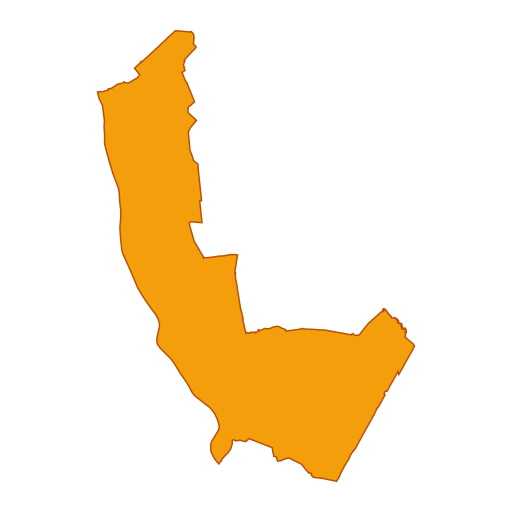 Līksnas pag., Daugavpils, Latvia
{"feature_id": "27541924B33833880746459", "entity_name": "Līksnas pag.", "entity_type": "district", "adm_level": 2, "iso_a3": "LVA", "parent_name": "Latvia", "parent_adm1": "Daugavpils", "projection": "orthographic", "projection_center": [26.497, 56.013], "detail": "fine", "context": "isolated", "style": "filled", "palette": "amber", "viewbox_px": 512, "rotation_deg": 0, "n_neighbors": 0, "source": "geoboundaries", "source_scale": "gbopen_adm2", "svg_char_len": 5908}
<svg xmlns="http://www.w3.org/2000/svg" viewBox="0 0 512 512"><path d="M300.9,329.1L299.3,329.2L296.6,329.7L295.2,329.8L288.5,330.8L285.6,331.0L285.7,329.7L284.6,329.2L281.2,327.9L280.0,327.1L277.5,326.2L274.2,326.8L271.7,327.7L269.9,328.4L268.4,328.8L264.3,328.5L263.7,329.0L261.7,329.8L259.7,330.8L259.3,330.7L259.1,330.3L259.0,329.7L258.9,329.6L258.6,329.5L258.3,329.8L257.4,331.8L257.1,332.2L256.6,332.4L255.5,332.0L255.3,332.1L255.2,332.3L255.2,332.8L254.8,332.9L254.0,332.1L253.5,332.2L252.3,332.7L251.4,332.2L250.8,332.1L250.4,332.5L249.8,333.2L249.6,333.3L249.0,333.2L247.8,332.5L247.4,332.5L245.9,333.5L243.2,321.5L242.7,320.1L242.5,319.0L243.1,318.9L241.2,310.3L240.9,310.3L240.1,305.6L239.7,303.7L238.5,295.5L237.4,289.5L237.1,286.7L236.8,284.7L235.6,278.7L235.4,276.5L235.4,273.9L235.5,273.1L234.9,273.3L235.3,268.5L236.0,264.6L237.1,257.4L237.6,255.0L236.7,254.9L236.4,254.6L230.1,254.6L224.4,255.8L218.0,256.2L215.1,256.8L209.3,257.5L203.5,257.9L203.4,257.9L203.8,257.1L203.3,256.8L200.6,252.3L194.3,241.5L193.5,239.1L189.5,224.8L189.2,222.6L191.3,221.8L202.0,222.7L199.9,202.8L199.7,200.9L201.5,200.7L201.1,196.1L200.6,191.8L198.1,168.2L198.0,165.2L197.8,164.0L193.7,160.8L193.1,159.1L192.8,157.9L192.3,156.3L190.0,150.3L188.3,132.0L190.3,127.8L196.5,120.4L188.1,112.6L187.9,110.6L188.4,106.9L190.9,105.2L192.9,103.1L194.4,102.4L194.4,102.2L194.3,101.3L189.3,88.9L186.8,82.6L186.6,82.7L185.2,80.3L182.0,72.4L183.3,71.7L185.0,70.4L184.1,67.5L184.2,67.1L183.4,64.7L184.9,60.8L184.2,60.1L191.6,52.1L192.9,50.9L195.3,48.3L196.1,47.3L195.9,46.5L195.6,46.5L195.2,45.9L195.1,45.7L193.5,43.9L193.8,39.0L194.1,38.7L193.7,34.9L193.5,34.5L192.8,33.2L191.3,31.6L191.1,32.0L175.3,30.7L172.3,33.6L166.8,38.5L166.6,38.9L160.5,44.5L160.4,44.8L141.2,62.5L140.9,61.7L140.4,62.7L134.5,68.2L138.9,73.8L139.7,74.9L136.9,78.3L136.1,78.5L133.7,79.9L128.8,82.8L126.6,83.1L126.1,83.0L124.5,82.0L123.8,81.9L123.3,82.9L117.8,84.1L111.8,88.1L111.4,88.3L110.9,88.4L110.9,88.5L108.5,88.9L107.9,89.2L108.2,89.8L106.5,90.6L102.9,91.6L100.4,91.6L97.5,91.9L98.1,94.7L98.8,97.3L99.4,99.2L101.7,103.7L102.4,105.5L102.7,107.2L104.4,120.3L104.1,127.2L104.6,134.8L104.6,143.6L105.5,147.5L109.0,160.6L112.9,173.5L114.9,179.0L116.8,183.8L118.5,188.6L119.3,193.3L119.6,200.0L120.2,205.8L120.9,211.1L120.7,218.1L119.9,227.0L120.4,236.0L121.3,245.8L122.0,250.7L123.3,254.8L125.7,260.2L127.7,264.4L132.9,276.3L137.4,287.2L142.1,295.2L145.7,300.7L147.1,302.8L153.3,311.4L155.0,313.4L156.7,316.3L158.0,318.9L159.1,322.0L159.5,324.9L159.4,326.9L157.4,335.7L157.0,337.9L156.8,341.1L157.0,342.5L157.3,343.7L157.9,344.9L160.2,348.1L170.4,358.4L171.6,359.8L174.4,363.6L180.1,373.1L186.2,381.8L188.9,386.3L191.3,391.0L192.8,393.3L193.6,394.4L194.6,395.5L196.1,396.9L202.4,401.8L206.2,404.8L209.8,407.5L212.0,410.1L214.4,413.3L215.3,414.8L217.7,420.2L218.9,424.4L219.2,426.1L219.1,427.5L218.8,428.9L218.3,430.4L214.8,436.3L212.5,439.8L211.6,441.7L211.0,443.3L210.6,445.8L210.8,450.0L211.1,451.8L213.0,456.0L215.0,459.4L218.8,463.9L220.9,461.0L221.6,460.8L221.4,460.2L222.0,459.2L225.4,455.2L226.7,454.2L227.6,453.3L230.5,449.3L231.2,447.4L231.6,445.9L232.1,444.5L232.3,442.1L232.3,440.0L234.2,439.9L235.7,440.9L238.6,440.5L239.1,440.1L239.3,440.1L242.4,440.9L245.9,441.6L248.9,438.6L272.2,447.7L272.9,452.2L273.3,453.9L273.8,456.4L276.2,456.8L277.5,461.1L280.0,460.7L280.8,460.8L284.0,459.3L285.2,459.0L286.1,458.6L288.9,458.1L289.9,458.5L301.6,464.3L306.2,470.1L308.9,473.1L311.5,473.3L311.2,475.1L313.4,477.4L316.7,477.7L323.7,478.6L336.6,481.3L338.3,478.2L338.5,478.3L339.2,477.0L339.1,476.9L339.3,476.6L340.9,472.8L343.7,467.5L346.6,462.5L347.7,461.0L349.6,457.7L349.4,457.2L351.6,453.3L355.3,448.6L365.7,429.5L367.5,426.5L369.4,422.9L371.3,419.8L372.6,417.0L373.9,415.0L376.0,410.6L376.8,408.6L377.3,407.8L377.8,407.9L385.1,394.9L384.3,394.7L384.1,393.4L384.7,392.0L385.9,391.1L386.9,391.4L398.0,371.5L398.8,374.5L412.4,350.2L414.5,346.2L413.4,344.1L404.8,336.9L405.5,335.4L405.4,335.2L405.6,334.8L405.6,334.6L405.3,333.2L405.1,333.0L405.0,332.6L405.0,332.4L405.1,332.2L405.3,332.0L405.7,332.1L405.8,332.3L405.6,332.5L405.6,332.8L405.9,332.8L406.2,332.7L406.3,332.6L406.4,332.3L406.4,332.1L406.3,331.8L406.1,330.8L406.1,330.6L406.3,330.2L406.0,329.6L405.3,329.4L405.3,329.2L405.6,329.1L405.5,328.4L405.1,328.0L404.9,328.0L404.7,328.5L404.3,328.7L404.2,329.3L403.9,329.5L403.4,329.4L402.9,328.7L402.7,328.2L402.3,328.4L402.0,328.9L401.7,328.9L401.6,328.7L402.0,327.7L402.6,327.6L402.8,327.4L402.8,327.2L402.6,327.1L401.6,327.1L401.3,326.6L400.8,326.5L400.8,326.3L401.1,326.0L401.4,326.0L401.7,326.2L401.8,326.5L402.2,326.3L402.1,325.7L401.8,325.2L401.8,324.8L401.6,324.5L401.6,324.1L401.7,323.8L401.7,323.6L401.0,323.6L400.7,323.7L400.4,324.2L400.1,324.1L400.0,323.9L399.8,322.9L399.1,322.8L398.9,323.2L398.1,323.2L397.8,323.1L397.6,322.8L398.1,322.5L398.4,322.5L398.5,322.4L398.4,321.7L398.5,321.6L398.6,321.2L397.8,321.2L397.7,321.1L397.8,320.9L398.0,320.7L398.1,320.3L397.6,319.8L397.1,320.1L397.1,319.8L397.3,319.5L397.4,319.3L397.0,319.2L396.6,319.5L396.0,319.4L395.9,319.1L396.3,318.7L396.3,318.3L395.5,318.0L394.8,318.0L394.5,318.1L393.9,317.6L393.2,317.7L393.0,317.9L392.6,318.0L391.6,317.9L391.2,317.4L391.2,317.0L391.1,316.4L390.7,316.3L390.3,315.7L390.3,315.4L390.2,315.2L389.5,314.7L388.5,314.2L388.4,314.1L388.5,313.8L388.5,313.6L388.3,313.3L387.8,312.8L387.5,312.2L387.0,311.8L387.0,311.4L385.8,310.1L385.7,309.6L385.4,309.4L384.0,308.7L383.6,308.7L383.3,308.9L383.4,309.1L384.0,309.3L384.0,309.8L384.0,310.1L383.9,310.2L383.5,310.3L382.7,309.9L382.5,310.0L382.6,310.3L383.3,310.7L384.0,310.9L384.0,311.0L383.7,311.4L383.5,311.5L382.9,311.5L382.1,311.6L381.5,312.0L381.2,311.9L370.5,321.5L368.7,323.0L362.1,331.2L359.3,334.9L354.5,335.5L353.0,333.5L351.4,334.4L351.3,334.9L324.8,330.0L319.1,329.9L317.5,329.7L314.2,329.4L307.5,329.2L306.6,329.2L301.7,328.5L300.9,329.1Z" fill="#f59e0b" stroke="#b45309" stroke-width="1.5"/></svg>